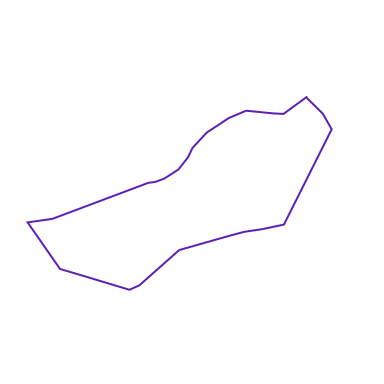 the district of L'Union, Praslin, Saint Lucia, rotated 139°
{"feature_id": "8701671B12184767464675", "entity_name": "L'Union", "entity_type": "district", "adm_level": 2, "iso_a3": "LCA", "parent_name": "Saint Lucia", "parent_adm1": "Praslin", "projection": "albers", "projection_center": [-60.901, 13.877], "detail": "fine", "context": "isolated", "style": "outline", "palette": "violet", "viewbox_px": 384, "rotation_deg": 139, "n_neighbors": 0, "source": "geoboundaries", "source_scale": "gbopen_adm2", "svg_char_len": 531}
<svg xmlns="http://www.w3.org/2000/svg" viewBox="0 0 384 384"><g transform="rotate(139 192 192)"><path d="M144.0,107.1L45.4,147.7L41.9,165.5L43.6,186.9L43.4,188.5L71.7,190.9L78.9,197.8L97.9,217.9L115.8,223.7L142.1,227.2L162.8,224.9L172.3,220.8L187.4,217.9L204.2,220.3L213.1,223.7L219.2,227.7L314.9,263.3L336.0,276.9L338.2,256.5L342.1,220.5L318.4,183.1L303.4,159.3L293.0,156.1L239.7,156.6L216.1,145.5L191.6,134.0L186.1,131.3L178.6,127.6L163.4,117.9L151.0,111.0L144.0,107.1Z" fill="none" stroke="#5b21b6" stroke-width="2"/></g></svg>